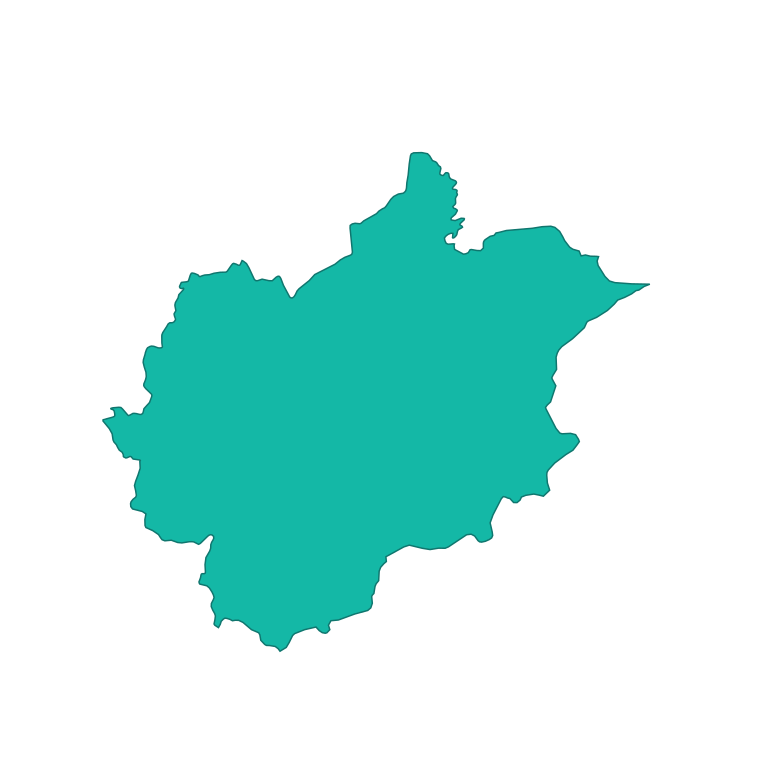 Krong Nang, Đắk Lắk, Vietnam (Robinson projection), rotated 241°
{"feature_id": "81297802B49219208970184", "entity_name": "Krong Nang", "entity_type": "district", "adm_level": 2, "iso_a3": "VNM", "parent_name": "Vietnam", "parent_adm1": "Đắk Lắk", "projection": "robinson", "projection_center": [108.434, 12.998], "detail": "fine", "context": "isolated", "style": "filled", "palette": "teal", "viewbox_px": 768, "rotation_deg": 241, "n_neighbors": 0, "source": "geoboundaries", "source_scale": "gbopen_adm2", "svg_char_len": 6171}
<svg xmlns="http://www.w3.org/2000/svg" viewBox="0 0 768 768"><g transform="rotate(241 384 384)"><path d="M342.4,664.9L351.5,649.2L360.7,635.1L364.8,631.1L370.9,629.4L383.8,628.7L388.2,630.0L391.4,633.4L392.7,631.6L395.7,626.5L399.2,622.7L400.5,618.5L405.7,619.1L410.3,614.5L413.7,612.7L421.8,611.5L426.0,611.7L432.3,611.6L438.1,609.4L441.1,606.4L444.9,598.6L448.3,589.2L458.9,565.5L460.9,557.9L461.8,555.2L460.6,552.4L461.7,548.4L461.2,542.6L460.9,541.4L460.0,540.0L458.9,539.1L454.7,536.8L453.8,533.1L455.7,530.0L459.2,525.7L459.7,524.4L458.0,521.4L458.2,518.8L459.0,516.5L467.5,511.0L470.9,512.3L472.3,513.5L473.0,512.6L475.2,507.8L476.9,506.6L479.9,506.8L482.5,507.7L483.5,510.4L483.8,512.8L483.4,515.6L482.3,517.3L478.8,514.9L478.2,515.1L478.0,516.5L478.5,518.3L479.3,520.0L482.1,522.5L483.0,523.9L482.9,527.4L483.1,528.7L484.0,528.8L486.5,527.5L487.4,528.4L488.7,533.6L489.5,534.4L490.0,534.3L491.6,531.8L492.4,525.5L494.1,523.3L495.0,522.3L496.2,522.8L496.8,523.7L497.9,528.8L500.0,532.1L501.0,532.3L502.7,531.4L503.9,530.3L505.2,530.1L505.8,530.2L506.7,533.3L507.5,534.4L511.6,536.4L512.6,537.6L513.9,539.9L514.7,540.2L515.4,540.2L516.3,540.4L517.5,541.6L518.3,541.6L519.4,540.9L520.9,538.8L521.6,538.6L522.4,539.1L522.9,540.1L523.9,543.3L524.6,544.6L525.2,545.1L526.3,545.2L527.3,544.8L530.8,541.9L532.3,541.5L533.6,541.5L536.4,542.5L537.7,542.2L538.8,540.6L538.6,539.4L537.7,537.2L537.7,536.7L538.7,535.5L539.9,534.8L540.7,534.7L541.7,535.3L544.9,538.2L546.6,538.6L548.6,537.6L551.9,537.4L553.2,536.9L555.9,534.7L561.5,534.5L564.3,533.7L568.1,529.2L571.8,522.0L572.0,519.4L570.8,517.8L564.3,512.8L555.0,506.4L549.0,501.6L544.4,498.6L542.9,497.2L542.1,496.0L541.5,493.5L543.2,488.6L543.3,483.3L542.2,479.5L538.6,472.3L537.8,470.0L538.0,467.6L537.7,463.4L536.6,460.0L536.5,445.4L535.7,441.9L535.9,440.5L538.6,436.6L539.4,433.8L539.1,431.3L536.8,429.9L514.6,420.3L513.2,418.9L512.9,417.3L513.8,411.2L513.7,406.0L512.5,399.2L513.3,376.5L510.7,368.8L508.5,355.9L507.5,353.1L505.2,349.9L504.0,347.7L503.7,345.7L504.3,344.5L505.7,343.7L519.1,343.9L526.0,344.9L527.8,344.9L529.2,344.4L529.7,343.2L529.7,341.4L528.5,336.3L530.1,333.5L534.8,328.2L535.6,323.7L536.4,322.1L538.2,321.3L551.1,322.2L556.0,322.1L559.5,320.6L560.8,319.7L558.1,316.1L557.9,315.1L558.7,314.0L560.3,313.0L562.4,311.0L562.5,309.8L561.7,307.8L558.6,301.5L558.5,299.9L561.1,294.9L563.3,289.0L564.3,284.2L566.2,280.1L566.8,277.6L567.1,275.2L567.6,274.6L569.6,274.2L572.6,271.8L574.0,270.1L574.2,269.7L574.2,269.0L573.1,267.3L569.2,263.2L568.8,262.5L569.1,260.9L571.0,256.3L570.9,255.7L568.6,252.6L567.9,252.2L566.7,252.2L565.6,253.2L565.0,255.0L564.3,255.0L563.6,253.8L561.6,247.9L559.1,245.6L556.4,241.1L554.6,239.5L553.6,239.0L549.0,237.5L547.3,234.6L546.9,234.3L545.1,233.7L542.1,233.2L541.2,232.7L540.2,230.7L540.1,229.5L540.3,228.4L541.4,226.3L541.2,224.4L539.4,221.4L536.2,215.4L534.6,213.5L533.3,212.7L527.5,209.6L523.9,208.2L523.6,207.6L523.7,206.6L524.3,205.2L525.1,204.0L528.5,201.0L529.9,199.0L530.3,197.4L530.3,194.8L529.4,193.1L527.1,190.5L526.0,189.6L521.9,185.4L519.6,183.8L515.2,182.6L509.7,181.5L506.0,179.8L504.7,178.8L503.0,177.1L500.5,174.0L499.1,173.1L497.9,173.0L495.4,173.4L487.9,175.7L487.2,175.6L486.6,175.5L485.5,174.6L481.5,170.0L478.8,162.1L476.3,159.9L475.4,158.9L475.2,158.2L475.1,156.8L475.9,155.5L478.3,152.9L479.5,151.2L480.0,150.1L480.0,146.9L480.2,145.3L480.8,144.9L488.9,143.2L491.0,142.5L492.2,140.8L494.6,135.4L495.1,133.5L495.0,133.2L494.5,133.1L492.6,134.7L491.1,134.9L488.4,134.0L486.7,133.1L486.4,132.1L486.6,130.4L488.9,121.0L487.9,120.3L478.2,122.1L472.3,122.1L466.4,119.9L464.2,119.7L460.6,120.5L457.5,120.3L454.5,120.4L451.2,121.9L448.4,121.7L447.3,121.0L446.4,121.0L444.5,122.3L444.1,123.4L443.8,126.7L443.0,127.6L440.0,128.2L435.9,133.6L435.1,133.7L434.8,133.0L428.5,129.9L423.8,124.9L419.3,119.6L416.1,116.5L410.9,115.0L406.6,113.4L405.4,112.0L404.8,108.5L403.6,105.7L402.2,104.3L399.5,103.1L396.6,103.5L389.7,110.8L385.8,112.8L381.3,109.1L376.1,106.4L373.9,106.2L367.8,110.7L361.6,113.8L358.1,114.0L355.4,114.4L353.1,116.3L350.5,122.2L345.4,126.7L343.0,130.2L340.5,137.1L339.3,139.4L338.2,141.0L333.7,144.1L333.6,145.4L333.8,146.8L336.3,155.9L336.6,157.6L336.3,159.2L335.5,160.3L333.4,161.1L331.6,160.3L330.3,158.6L329.1,156.5L327.4,154.6L324.4,152.8L322.4,150.6L318.5,144.1L312.8,139.9L306.0,136.6L305.2,135.8L305.3,134.8L306.3,132.9L306.2,132.0L305.6,131.3L303.4,129.5L300.6,126.2L299.0,125.8L298.3,125.9L293.4,131.2L290.3,132.4L285.5,132.7L282.2,132.5L279.7,131.9L278.1,130.1L275.7,126.6L273.1,125.0L269.3,124.6L265.3,124.6L262.9,124.1L260.0,122.0L256.5,119.0L255.0,119.1L251.2,121.1L253.2,124.3L255.4,126.6L256.3,129.7L256.3,131.4L255.1,133.0L252.9,135.1L250.4,136.7L249.5,139.3L247.8,142.3L243.8,145.1L233.4,149.0L227.2,153.8L224.8,153.8L219.6,152.0L214.1,153.4L212.4,154.4L210.7,157.2L207.2,161.6L203.9,163.1L200.7,163.5L201.0,170.8L204.0,175.9L208.3,182.1L209.0,184.8L207.6,195.6L204.4,206.7L199.7,207.8L196.4,209.5L194.5,211.8L194.1,213.4L195.4,217.5L200.0,218.5L202.7,222.8L199.7,229.7L197.0,247.0L193.8,260.0L194.6,263.9L197.9,267.5L204.1,270.2L205.0,271.4L205.7,273.6L211.3,278.0L213.1,280.3L214.6,284.0L222.6,289.0L225.3,292.2L226.9,296.7L227.6,300.0L232.0,301.9L231.9,322.4L230.8,328.0L221.7,337.9L216.9,344.0L213.9,352.3L210.7,357.8L210.3,361.3L212.1,383.2L210.4,387.4L207.1,389.6L201.4,390.3L199.6,391.1L198.4,392.7L197.3,396.4L196.9,400.7L197.2,403.5L198.8,405.6L202.1,406.9L211.1,409.5L216.7,415.9L226.8,431.0L227.7,433.7L226.4,435.3L224.3,436.9L222.8,438.6L217.5,439.9L215.8,442.8L216.5,446.7L218.5,449.4L217.9,454.1L215.1,461.7L211.5,465.9L208.6,469.0L210.8,477.4L218.2,478.9L225.3,482.1L227.6,483.6L229.1,485.9L232.1,494.9L234.1,508.9L234.5,517.2L237.2,523.4L238.9,526.9L241.3,527.3L246.8,527.0L250.4,523.2L254.1,515.6L255.8,514.0L261.7,512.9L283.8,513.6L285.3,514.0L286.5,516.7L287.6,521.0L299.1,533.4L306.2,533.5L308.0,533.7L309.7,536.0L313.1,542.0L324.0,547.5L327.1,550.6L328.9,553.3L330.5,557.6L332.2,570.8L336.1,586.5L339.7,591.3L340.1,593.3L339.2,602.3L340.0,615.0L342.2,624.0L344.1,629.1L343.1,636.5L342.8,644.3L343.5,649.6L342.6,652.5L343.2,658.8L342.4,664.9Z" fill="#14b8a6" stroke="#0f766e" stroke-width="1.5"/></g></svg>